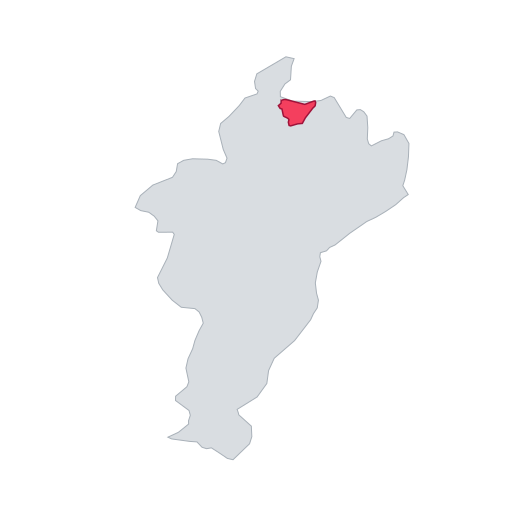 Slovenia, with Sežana highlighted, rotated 135°
{"feature_id": "SVN-1034", "entity_name": "Sežana", "entity_type": "Municipality", "adm_level": 1, "iso_a3": "SVN", "parent_name": "Slovenia", "parent_adm1": "", "projection": "orthographic", "projection_center": [13.883, 45.722], "detail": "fine", "context": "in_parent", "style": "filled", "palette": "rose", "viewbox_px": 512, "rotation_deg": 135, "n_neighbors": 0, "source": "natural_earth", "source_scale": "10m", "svg_char_len": 2152}
<svg xmlns="http://www.w3.org/2000/svg" viewBox="0 0 512 512"><g transform="rotate(135 256 256)"><path d="M446.4,190.2L435.5,186.2L422.5,184.8L420.2,187.2L415.1,189.8L412.6,194.1L415.1,210.7L412.0,213.7L397.3,212.4L392.5,214.5L384.8,226.3L376.7,231.4L366.4,235.2L358.8,239.5L349.1,243.4L340.8,245.8L337.7,251.0L335.8,256.6L336.4,262.0L345.1,272.6L346.5,283.9L345.9,297.9L344.1,305.4L340.9,310.4L320.1,317.3L298.5,329.1L298.1,331.8L308.2,341.8L308.6,344.3L300.5,350.2L299.8,356.1L300.9,362.8L305.4,369.6L307.1,375.8L295.1,380.5L278.8,379.1L259.4,370.7L252.7,372.1L246.2,376.7L239.5,374.8L232.1,369.6L221.7,358.6L216.5,351.8L214.4,344.6L211.6,343.6L207.3,345.7L203.8,354.5L194.3,370.4L187.3,374.7L176.5,373.8L161.5,374.2L152.1,375.5L140.7,369.9L137.9,371.0L137.9,374.7L133.6,380.5L126.6,384.2L94.0,375.7L89.5,368.6L96.8,365.2L107.0,356.2L113.9,357.2L122.4,355.3L126.1,351.4L120.7,339.8L107.3,325.6L100.2,320.1L90.3,316.5L88.7,312.7L94.2,290.2L92.5,287.0L81.4,288.0L78.7,285.7L77.8,281.8L78.6,276.4L86.2,267.7L94.6,260.0L96.9,255.7L96.6,252.3L85.9,248.8L79.4,245.2L74.3,244.0L70.8,246.0L68.2,243.7L65.6,237.2L68.3,227.4L78.0,218.4L88.3,210.3L97.3,204.5L102.5,201.9L104.9,191.8L110.3,192.9L120.9,193.5L132.7,195.8L143.7,198.6L153.4,202.1L173.8,205.8L192.3,207.9L197.9,210.0L202.5,209.8L208.1,212.8L211.4,210.4L213.8,206.3L223.9,201.4L233.1,195.0L239.5,186.9L243.1,180.6L249.4,176.0L256.2,174.6L262.4,172.3L288.5,168.9L315.4,170.8L328.1,166.1L338.5,158.2L353.9,155.7L354.7,155.5L377.8,160.9L379.5,157.4L380.5,155.9L379.6,139.0L386.7,131.2L393.3,127.8L416.3,128.2L419.4,133.2L420.9,141.2L423.2,151.9L427.2,154.7L429.4,158.9L429.2,166.3L433.9,171.7L445.0,186.3L446.4,190.2Z" fill="#d9dde1" stroke="#a8b0b8" stroke-width="1"/><path d="M128.4,348.0L128.4,347.9L127.3,347.8L125.4,346.7L124.1,345.3L114.3,328.7L105.8,324.8L104.6,323.9L105.3,322.3L107.8,320.5L108.6,320.3L111.2,320.4L123.4,318.8L129.5,317.0L133.1,320.0L139.5,323.5L140.3,324.9L138.5,327.8L137.1,328.6L136.2,329.3L136.1,330.5L136.6,332.5L137.2,333.9L137.6,335.4L136.9,336.7L133.7,341.6L134.6,343.2L133.9,346.5L130.3,346.3L128.4,348.0Z" fill="#f43f5e" stroke="#9f1239" stroke-width="1.5"/></g></svg>